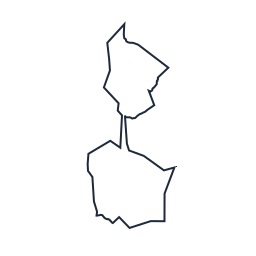 Yeso'nbulag, Govi-Altay, Mongolia, rotated 252°
{"feature_id": "93677404B66011642524046", "entity_name": "Yeso'nbulag", "entity_type": "district", "adm_level": 2, "iso_a3": "MNG", "parent_name": "Mongolia", "parent_adm1": "Govi-Altay", "projection": "mercator", "projection_center": [96.329, 46.208], "detail": "fine", "context": "isolated", "style": "outline", "palette": "slate", "viewbox_px": 256, "rotation_deg": 252, "n_neighbors": 0, "source": "geoboundaries", "source_scale": "gbopen_adm2", "svg_char_len": 1864}
<svg xmlns="http://www.w3.org/2000/svg" viewBox="0 0 256 256"><g transform="rotate(252 128 128)"><path d="M227.9,156.6L215.4,134.6L199.1,131.3L188.3,128.6L174.0,117.6L154.4,126.7L147.7,123.6L141.9,126.2L111.6,114.6L121.3,107.2L115.7,82.4L106.2,78.5L99.6,76.7L92.4,79.0L68.6,72.9L57.9,72.7L54.4,71.0L54.2,71.4L54.2,72.0L54.1,72.8L53.9,73.9L53.9,74.4L53.8,74.7L53.8,75.2L53.7,75.5L53.5,75.8L53.4,75.9L53.4,76.0L53.2,76.5L52.8,76.7L52.6,76.9L52.2,77.0L51.9,77.0L51.7,77.1L51.0,77.5L50.6,77.5L50.1,77.7L49.8,78.0L49.2,78.3L48.2,79.3L48.2,79.5L47.9,79.9L47.8,80.0L47.7,80.2L47.7,80.3L47.5,80.5L47.5,80.9L47.3,81.0L47.1,81.4L46.9,81.6L46.8,81.8L46.6,81.9L46.3,82.1L46.0,82.1L45.7,82.2L45.6,82.3L45.2,82.7L44.8,82.8L44.7,82.8L44.3,83.0L43.5,83.3L42.9,83.6L42.3,84.2L46.0,92.0L32.5,98.6L32.4,120.8L28.1,133.9L54.3,142.5L76.1,159.9L76.6,149.1L96.6,134.4L106.3,122.1L113.4,122.1L140.7,128.9L139.4,129.2L138.8,129.4L138.7,129.8L138.3,130.9L138.0,131.8L137.7,132.8L136.9,133.9L136.3,134.4L135.8,134.8L135.6,135.4L135.7,135.9L135.7,136.4L135.5,136.9L135.3,137.4L135.3,137.8L135.9,139.2L136.7,140.8L137.1,142.0L137.6,143.6L137.6,145.5L138.0,147.3L138.1,149.1L139.0,151.4L139.3,152.1L141.6,160.0L157.0,159.3L155.7,160.7L156.0,161.2L156.1,161.5L156.1,162.1L156.4,162.6L157.2,163.2L157.8,163.4L158.1,163.8L158.2,164.2L158.3,164.9L158.5,165.2L158.7,165.4L158.8,165.5L159.0,166.2L159.3,166.4L159.5,166.9L160.0,167.6L160.5,168.5L160.9,168.9L161.3,169.1L162.0,169.2L162.5,169.5L163.2,169.8L163.8,170.0L163.9,170.4L163.9,170.6L164.2,170.6L164.4,170.8L164.5,170.9L164.8,171.3L165.3,171.4L165.5,171.8L166.0,171.9L166.4,171.9L166.7,172.0L166.9,172.3L172.9,185.0L204.1,163.4L207.3,159.3L208.1,157.4L208.5,156.0L209.7,154.3L210.6,153.5L211.2,153.2L211.9,153.1L212.9,153.4L214.5,152.2L218.3,152.9L226.5,156.0L227.9,156.6L227.9,156.6Z" fill="none" stroke="#1e293b" stroke-width="2"/></g></svg>